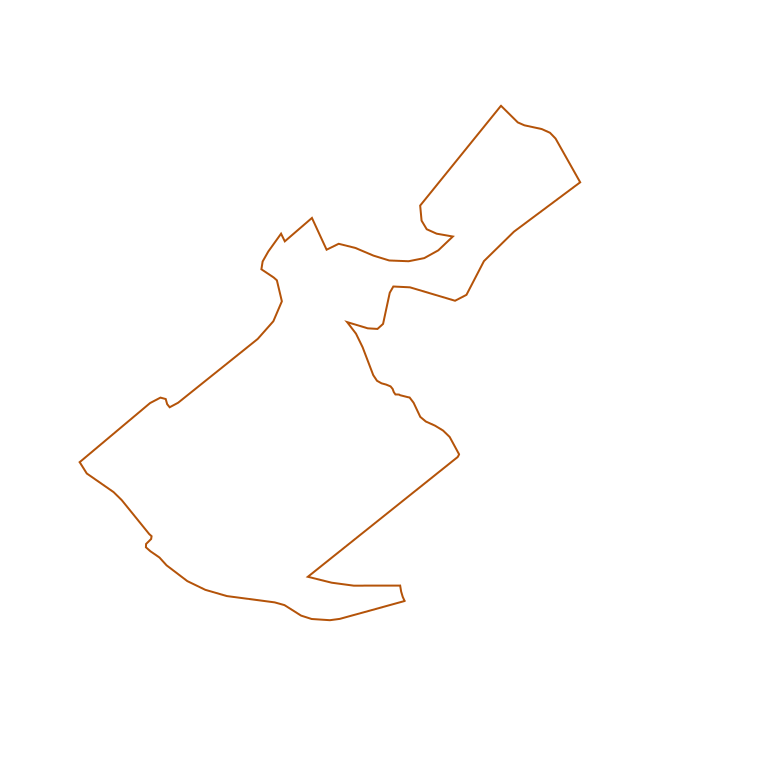 an SVG outline of Sultan Kudarat, rotated 321°
{"feature_id": "PHL-2580", "entity_name": "Sultan Kudarat", "entity_type": "Province", "adm_level": 1, "iso_a3": "PHL", "parent_name": "Philippines", "parent_adm1": "", "projection": "mercator", "projection_center": [124.544, 6.496], "detail": "fine", "context": "isolated", "style": "outline", "palette": "amber", "viewbox_px": 768, "rotation_deg": 321, "n_neighbors": 0, "source": "natural_earth", "source_scale": "10m", "svg_char_len": 1455}
<svg xmlns="http://www.w3.org/2000/svg" viewBox="0 0 768 768"><g transform="rotate(321 384 384)"><path d="M263.5,565.6L263.4,565.6L201.8,538.7L193.3,533.5L179.9,521.1L173.8,511.8L167.5,493.2L161.6,484.9L128.4,449.9L115.6,431.5L107.1,413.4L100.9,388.1L100.3,377.5L97.2,367.0L96.2,361.1L98.4,358.6L105.5,357.9L107.6,356.0L107.1,352.8L107.1,309.2L105.8,297.8L96.7,266.5L98.3,253.3L98.3,253.2L99.5,253.2L190.2,251.6L201.7,253.9L204.9,258.3L202.8,263.2L202.8,267.2L212.2,269.0L314.2,269.5L337.5,265.6L356.6,255.5L356.7,255.4L366.0,236.0L365.3,231.8L360.9,217.7L366.8,212.4L377.5,208.2L398.6,202.4L396.7,210.7L432.5,209.6L423.9,243.5L437.0,246.5L447.4,260.3L456.6,277.6L465.8,291.3L480.4,304.1L494.5,311.5L510.3,314.3L530.3,312.7L519.5,300.3L514.6,290.6L516.0,280.7L524.4,268.1L649.9,241.4L650.0,241.4L652.6,264.9L655.9,271.3L667.0,285.1L671.1,293.2L671.8,301.2L663.4,350.7L580.9,347.4L539.0,351.4L504.2,366.6L491.6,364.0L465.0,325.2L452.6,314.1L445.9,316.7L421.1,336.7L413.6,337.1L406.4,330.5L394.3,312.7L394.3,312.9L393.9,327.3L390.5,342.0L381.2,370.4L380.6,377.1L382.5,381.9L385.3,385.8L387.6,390.0L387.6,393.3L386.5,396.5L386.3,399.3L389.0,401.6L389.5,402.9L394.3,409.3L395.4,410.6L395.2,417.2L391.5,432.4L392.9,439.5L397.4,448.4L400.6,457.3L401.7,466.5L398.1,485.9L398.0,486.0L395.4,487.1L203.5,485.9L218.3,505.5L233.5,521.6L269.3,550.5L269.7,550.8L266.7,556.1L264.6,561.2L263.5,565.5L263.5,565.6Z" fill="none" stroke="#b45309" stroke-width="2"/></g></svg>